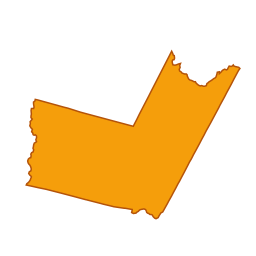 the district of São José dos Quatro Marcos, Mato Grosso, Brazil, rotated 11°
{"feature_id": "56859067B37097100035842", "entity_name": "São José dos Quatro Marcos", "entity_type": "district", "adm_level": 2, "iso_a3": "BRA", "parent_name": "Brazil", "parent_adm1": "Mato Grosso", "projection": "equal_earth", "projection_center": [-58.29, -15.532], "detail": "fine", "context": "isolated", "style": "filled", "palette": "amber", "viewbox_px": 256, "rotation_deg": 11, "n_neighbors": 0, "source": "geoboundaries", "source_scale": "gbopen_adm2", "svg_char_len": 2692}
<svg xmlns="http://www.w3.org/2000/svg" viewBox="0 0 256 256"><g transform="rotate(11 128 128)"><path d="M65.2,120.0L61.2,119.8L34.3,117.7L31.5,117.6L31.5,119.2L30.3,120.6L30.7,122.4L31.3,124.0L31.8,125.5L31.6,126.9L30.6,127.0L29.5,127.3L29.5,129.2L29.9,130.7L30.5,132.8L30.5,134.7L30.8,136.4L32.3,137.5L31.6,138.9L30.7,140.5L31.3,142.3L31.2,144.6L32.4,146.0L33.2,146.8L34.4,147.5L34.1,150.1L35.4,151.0L36.1,152.6L37.2,153.0L38.3,152.4L39.6,153.1L40.1,154.8L39.8,157.2L40.8,158.9L39.9,159.9L38.9,160.7L38.6,162.5L38.7,164.2L38.6,166.0L39.6,167.5L39.4,169.6L38.1,170.6L37.6,172.2L38.2,173.7L38.2,175.7L37.1,176.2L36.1,177.5L35.8,179.5L36.6,181.3L37.5,182.3L38.9,183.3L39.9,184.7L40.5,185.8L40.9,187.0L40.8,188.7L39.5,189.7L39.2,191.6L40.5,192.9L41.6,193.5L42.5,194.4L42.2,196.1L41.9,197.9L41.1,199.7L40.2,201.0L39.3,202.0L39.0,203.4L44.4,203.5L51.0,203.7L59.7,203.8L74.9,204.7L88.6,205.6L99.9,206.4L101.1,206.4L102.3,206.5L116.0,207.3L118.4,207.5L123.5,207.7L125.4,207.8L127.7,207.9L128.8,208.0L133.4,207.8L139.4,207.5L140.9,207.3L147.7,207.2L147.8,208.7L147.7,210.3L149.6,210.9L152.1,210.0L152.9,208.8L154.0,207.9L155.0,206.3L156.3,205.5L159.1,204.4L160.8,204.7L161.7,205.8L162.4,207.2L163.4,207.8L164.7,208.0L166.0,208.7L167.6,208.5L168.5,208.8L169.6,210.2L171.4,211.4L172.8,211.7L174.7,210.2L175.3,208.1L176.5,205.1L178.1,203.8L181.1,194.7L181.8,192.3L182.4,190.5L183.8,186.3L184.4,184.2L185.1,181.9L186.4,177.8L187.0,175.7L187.9,172.7L188.6,170.8L190.2,165.4L191.5,161.2L194.0,152.7L194.8,149.8L196.0,146.5L196.8,143.8L197.3,141.9L198.7,137.6L201.1,129.9L202.6,124.8L203.1,123.2L204.0,120.4L204.7,117.9L205.4,115.5L206.6,111.9L207.6,108.8L208.1,107.3L210.9,98.2L213.2,90.8L213.8,88.5L216.8,79.1L218.1,74.6L220.9,65.7L222.5,60.2L225.4,50.8L226.5,48.2L225.1,47.3L221.7,47.2L220.2,47.0L219.3,46.0L218.5,47.3L217.5,47.9L215.5,47.9L214.9,49.7L214.4,51.5L213.5,52.2L211.7,51.8L210.1,53.0L209.4,53.9L208.6,55.4L207.3,57.2L206.9,55.4L205.0,56.2L205.0,57.6L204.9,59.0L204.6,61.2L203.9,62.3L202.9,63.0L201.4,64.7L200.1,66.0L198.8,67.1L197.9,68.4L197.0,69.3L196.8,71.5L195.2,72.4L194.1,72.6L192.1,72.3L191.0,72.9L189.2,72.6L186.5,71.1L185.3,69.7L184.1,70.0L182.5,69.5L181.3,69.2L179.7,69.1L178.3,68.4L177.5,67.4L176.3,65.7L175.8,64.4L174.8,63.8L173.5,64.2L172.1,64.0L170.6,63.8L169.3,62.7L167.8,62.2L167.1,60.7L167.6,58.5L166.8,56.8L167.2,54.6L165.4,55.5L163.4,56.8L162.0,57.4L160.0,57.4L158.9,55.1L158.6,53.8L159.1,52.5L160.2,52.1L160.4,50.6L159.6,48.1L158.5,47.8L157.7,46.3L156.2,44.3L154.7,49.6L147.2,75.5L143.5,88.3L142.2,92.9L136.5,112.3L135.0,117.9L133.2,124.0L132.9,125.3L129.3,125.1L113.5,124.0L80.6,121.7L78.1,121.5L65.2,120.0Z" fill="#f59e0b" stroke="#b45309" stroke-width="1.5"/></g></svg>